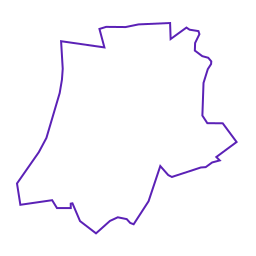 the district of Kimmage-Rathmines Lea-6, Dublin, Ireland, rotated 272°
{"feature_id": "5873133B27711850706283", "entity_name": "Kimmage-Rathmines Lea-6", "entity_type": "district", "adm_level": 2, "iso_a3": "IRL", "parent_name": "Ireland", "parent_adm1": "Dublin", "projection": "orthographic", "projection_center": [-6.288, 53.318], "detail": "fine", "context": "isolated", "style": "outline", "palette": "violet", "viewbox_px": 256, "rotation_deg": 272, "n_neighbors": 0, "source": "geoboundaries", "source_scale": "gbopen_adm2", "svg_char_len": 763}
<svg xmlns="http://www.w3.org/2000/svg" viewBox="0 0 256 256"><g transform="rotate(272 128 128)"><path d="M32.0,137.0L55.5,151.1L91.1,161.6L82.4,169.8L80.6,173.5L91.1,202.2L91.6,207.0L96.5,213.3L98.8,220.8L102.1,217.3L117.8,237.0L136.0,222.5L135.6,207.1L143.0,201.9L175.7,201.9L189.6,205.7L194.8,208.8L197.5,208.9L201.0,205.7L202.4,199.7L207.7,192.1L215.3,192.1L224.3,196.1L227.3,195.0L228.4,186.1L230.4,182.9L218.4,167.5L234.4,166.4L231.9,134.9L228.8,122.1L228.3,102.6L226.0,96.0L207.7,101.6L212.4,58.1L184.9,60.7L174.0,60.3L160.5,58.5L115.2,46.8L100.7,39.7L68.7,19.0L47.5,23.1L53.2,54.7L45.5,59.8L46.0,73.6L50.4,73.4L50.8,75.1L33.3,83.3L21.6,99.7L34.5,113.2L38.4,120.9L36.9,129.9L33.2,133.5L32.0,137.0Z" fill="none" stroke="#5b21b6" stroke-width="2"/></g></svg>